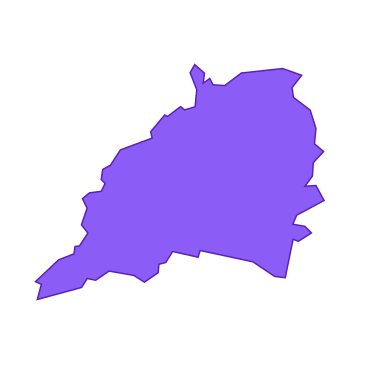 the district of Cheshinovo - Obleshevo, Češinovo-Obleševo, North Macedonia, rotated 104°
{"feature_id": "65306769B60953626693828", "entity_name": "Cheshinovo - Obleshevo", "entity_type": "district", "adm_level": 2, "iso_a3": "MKD", "parent_name": "North Macedonia", "parent_adm1": "Češinovo-Obleševo", "projection": "equal_earth", "projection_center": [22.304, 41.875], "detail": "fine", "context": "isolated", "style": "filled", "palette": "violet", "viewbox_px": 384, "rotation_deg": 104, "n_neighbors": 0, "source": "geoboundaries", "source_scale": "gbopen_adm2", "svg_char_len": 968}
<svg xmlns="http://www.w3.org/2000/svg" viewBox="0 0 384 384"><g transform="rotate(104 192 192)"><path d="M291.0,216.4L278.5,205.3L270.1,206.6L266.8,200.4L254.4,196.4L253.8,170.3L246.8,170.0L245.0,116.0L253.9,91.4L252.6,80.8L213.5,82.5L214.0,76.8L202.8,66.2L198.0,74.2L198.9,86.4L189.1,84.8L168.3,61.8L155.7,73.3L159.1,83.8L147.5,79.0L134.1,81.4L120.9,74.1L115.7,84.8L100.4,87.1L84.0,97.1L75.7,116.4L66.6,120.2L52.2,113.8L50.3,134.0L64.6,172.9L80.8,186.0L82.9,197.5L77.6,202.2L83.7,207.5L73.7,208.6L67.7,220.2L76.7,222.7L91.6,212.1L108.6,209.6L114.1,219.1L111.9,223.7L124.7,234.1L123.9,237.1L143.5,246.7L149.3,243.7L168.5,271.7L185.8,277.6L191.7,284.1L201.9,283.1L204.6,278.4L213.3,280.2L217.6,291.2L224.9,296.7L233.1,289.9L250.6,291.3L257.0,283.1L271.5,288.1L273.2,292.3L280.6,291.6L290.1,305.0L316.9,322.2L318.0,315.8L333.7,316.1L311.3,276.0L301.3,272.7L300.9,264.1L288.8,253.4L287.0,228.2L291.0,216.4Z" fill="#8b5cf6" stroke="#5b21b6" stroke-width="1.5"/></g></svg>